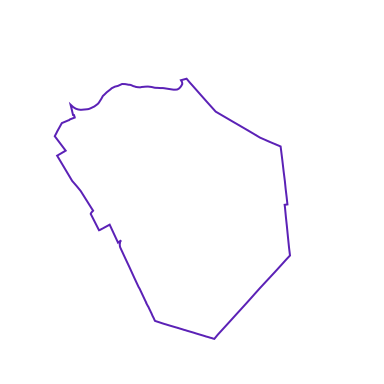 outline of Periam, Timis, Romania, rotated 329°
{"feature_id": "2599482B63950750232627", "entity_name": "Periam", "entity_type": "district", "adm_level": 2, "iso_a3": "ROU", "parent_name": "Romania", "parent_adm1": "Timis", "projection": "albers", "projection_center": [20.876, 46.04], "detail": "fine", "context": "isolated", "style": "outline", "palette": "violet", "viewbox_px": 384, "rotation_deg": 329, "n_neighbors": 0, "source": "geoboundaries", "source_scale": "gbopen_adm2", "svg_char_len": 2631}
<svg xmlns="http://www.w3.org/2000/svg" viewBox="0 0 384 384"><g transform="rotate(329 192 192)"><path d="M135.5,329.4L140.8,327.5L154.3,323.5L166.9,319.7L181.6,315.3L195.1,311.1L200.6,309.4L210.3,306.6L224.5,302.5L237.7,298.5L243.3,296.9L246.6,289.5L251.2,279.7L255.8,270.0L259.5,262.0L263.8,253.0L264.8,250.7L267.4,251.8L270.5,245.1L274.0,237.3L277.2,230.5L281.3,221.2L285.7,211.5L289.6,202.7L291.4,198.6L284.5,189.2L278.3,180.4L273.8,172.0L267.9,161.2L262.6,151.6L259.6,146.1L255.6,138.8L253.7,135.3L251.1,121.9L248.9,110.0L247.1,100.2L246.6,97.7L246.5,97.2L246.3,95.9L245.7,92.1L240.8,90.7L240.1,90.5L240.1,92.5L239.9,93.1L239.6,93.8L239.3,94.4L238.8,94.7L237.9,95.3L236.1,96.1L235.0,96.4L234.1,96.6L232.9,96.6L232.1,96.5L231.2,96.1L230.1,95.5L228.8,94.7L227.2,93.4L224.8,91.4L221.1,88.3L220.5,87.9L218.1,86.4L216.1,85.0L214.4,83.9L213.6,83.3L212.1,81.8L211.1,80.9L209.3,79.5L208.5,78.9L207.2,78.2L205.9,77.5L204.8,77.0L203.0,76.1L201.7,75.7L201.0,75.3L200.3,74.8L199.2,74.0L197.9,72.9L197.3,72.1L196.2,71.0L195.8,70.4L195.0,69.2L194.3,68.4L193.5,67.8L192.6,67.2L191.9,66.5L190.3,65.1L187.7,63.4L183.1,62.9L180.2,62.0L176.5,61.7L175.2,62.0L170.3,62.6L167.0,63.4L165.0,63.8L162.5,65.3L160.5,66.3L158.5,67.3L157.3,67.8L156.3,68.0L155.4,68.1L154.7,68.2L154.2,68.2L152.4,68.4L151.4,68.3L148.2,68.0L146.9,67.8L146.0,67.6L144.8,67.1L139.0,64.3L136.9,62.6L135.2,60.6L133.9,58.0L132.9,54.6L131.1,60.3L129.7,64.7L130.0,64.9L130.2,65.0L130.4,65.3L130.5,65.4L130.0,66.8L130.1,67.0L129.8,67.8L124.8,66.9L124.2,67.0L123.6,67.1L122.9,66.9L115.9,65.9L107.4,70.8L106.7,71.3L103.1,73.5L105.0,91.5L95.1,91.4L95.0,120.8L95.3,122.5L96.2,127.6L97.1,133.8L97.5,153.7L97.6,157.1L95.1,157.8L93.9,158.6L93.0,171.3L92.6,176.9L93.4,177.1L104.6,177.6L102.5,197.3L106.3,196.9L104.7,197.7L104.0,198.6L103.9,198.7L103.4,199.3L103.1,199.6L102.2,201.5L101.9,202.7L100.7,214.0L99.7,223.9L98.3,236.2L97.3,245.9L97.3,247.9L96.0,260.6L95.9,261.7L95.8,262.5L95.9,263.0L95.6,263.4L95.5,265.2L95.4,267.5L95.5,267.7L95.3,269.2L95.3,269.4L95.2,270.4L95.1,271.2L95.1,271.5L95.1,271.8L94.9,273.4L94.8,274.8L94.6,276.3L94.4,277.7L94.3,279.2L94.2,280.6L94.0,282.1L93.9,283.4L94.9,284.6L96.3,286.2L97.0,287.0L98.1,288.3L98.7,289.0L100.1,290.6L101.3,291.9L101.6,292.2L102.2,292.9L104.1,295.0L108.9,300.2L109.6,300.9L109.7,301.1L109.9,301.2L110.9,302.4L112.0,303.6L113.0,304.7L114.1,306.0L115.2,307.1L116.3,308.4L116.6,308.7L120.4,312.8L121.4,313.9L122.5,315.2L123.5,316.3L124.6,317.5L125.6,318.6L127.7,320.9L128.5,321.8L128.7,322.0L129.6,323.1L130.8,324.3L131.9,325.5L132.5,326.2L133.7,327.4L134.7,328.6L135.5,329.4Z" fill="none" stroke="#5b21b6" stroke-width="2"/></g></svg>